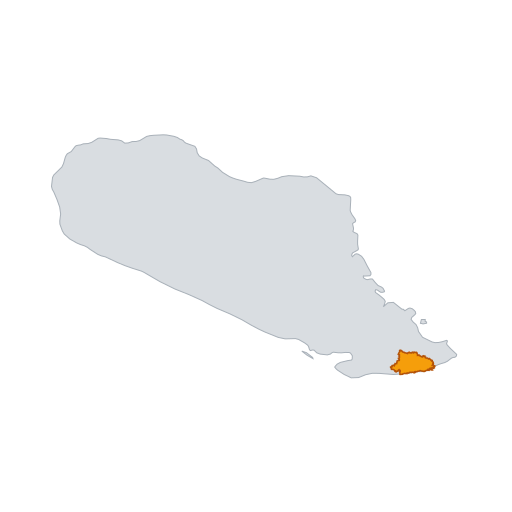 location of Vohemar, Sava, Madagascar, rotated 98°
{"feature_id": "10022922B16213196407560", "entity_name": "Vohemar", "entity_type": "district", "adm_level": 2, "iso_a3": "MDG", "parent_name": "Madagascar", "parent_adm1": "Sava", "projection": "mercator", "projection_center": [49.724, -13.453], "detail": "fine", "context": "in_parent", "style": "filled", "palette": "amber", "viewbox_px": 512, "rotation_deg": 98, "n_neighbors": 0, "source": "geoboundaries", "source_scale": "gbopen_adm2", "svg_char_len": 8104}
<svg xmlns="http://www.w3.org/2000/svg" viewBox="0 0 512 512"><g transform="rotate(98 256 256)"><path d="M335.3,54.3L336.7,57.5L338.3,60.6L343.2,67.9L345.4,70.8L347.2,73.8L348.0,79.9L351.2,89.3L354.2,103.4L355.1,118.0L356.0,124.6L358.3,130.9L362.1,137.5L363.4,144.8L361.0,152.3L357.7,159.3L356.8,160.7L355.2,162.5L354.5,162.4L351.8,160.6L349.6,157.6L346.8,150.5L345.8,147.0L344.7,146.4L341.4,146.7L339.0,148.9L338.6,150.3L339.1,154.3L340.0,157.9L340.4,161.5L340.5,166.1L341.4,167.5L342.7,168.6L344.0,171.6L344.2,178.8L343.4,182.4L341.1,185.5L341.3,187.2L342.1,189.0L341.3,190.0L338.2,191.4L337.0,192.6L335.3,195.7L332.7,202.2L332.3,205.5L334.0,215.6L333.5,222.7L330.1,236.4L328.1,242.9L325.3,250.7L321.1,261.0L316.9,273.9L313.3,287.3L310.6,295.3L307.6,303.2L303.5,317.3L300.0,331.6L294.8,347.4L287.6,365.1L286.9,367.4L285.4,376.4L283.8,384.3L281.8,392.1L277.8,405.1L277.4,409.1L276.4,412.9L272.6,421.1L270.9,424.1L269.8,427.3L269.1,431.4L268.0,435.4L265.1,442.7L260.9,449.0L258.0,451.3L251.8,454.6L248.6,455.2L241.6,455.3L234.9,457.2L227.8,460.9L221.0,465.0L218.4,467.0L215.5,468.2L206.5,468.4L203.9,467.5L194.9,460.6L191.4,459.5L184.8,458.6L182.8,458.0L181.0,457.1L178.3,453.5L173.0,450.5L171.8,449.5L171.0,447.4L170.4,445.2L169.0,442.7L168.0,437.9L166.3,434.5L161.4,428.7L160.9,426.8L160.5,420.5L160.7,416.3L160.2,408.6L160.7,405.0L162.5,401.7L161.8,398.2L159.9,394.5L159.3,390.7L157.9,387.2L152.8,380.9L151.6,377.8L150.8,374.6L148.9,364.7L148.6,361.3L148.9,354.0L149.6,350.3L150.9,347.6L151.2,345.7L152.0,344.0L153.2,342.7L154.0,341.1L155.9,331.8L158.3,329.8L161.9,328.6L164.8,326.2L166.4,322.9L168.1,316.2L172.6,309.5L174.2,306.0L177.8,300.8L181.1,293.3L182.0,289.9L182.7,286.3L183.6,278.5L184.2,274.6L184.0,270.7L182.2,266.8L177.8,259.6L177.7,258.2L178.0,252.9L177.6,249.1L176.0,245.2L173.9,241.6L171.9,234.9L170.9,223.8L171.1,219.8L170.5,216.2L169.0,212.8L170.1,206.9L183.2,185.5L183.7,183.0L183.1,176.5L183.4,172.7L183.9,171.3L184.9,170.4L187.1,170.0L197.7,169.1L199.1,168.5L201.7,166.7L205.4,163.2L207.1,162.2L208.5,162.6L209.4,164.0L210.6,164.9L214.9,163.3L216.5,163.2L218.2,163.5L219.0,162.0L219.5,160.1L220.1,158.7L221.2,158.0L226.8,157.5L230.3,157.0L234.8,155.6L235.8,155.9L239.5,160.8L240.6,161.2L242.0,161.4L243.3,160.5L240.3,158.0L239.8,156.5L240.0,154.9L241.6,151.4L244.3,148.7L250.2,144.6L256.4,139.9L258.2,139.6L259.7,140.4L260.8,145.9L260.7,146.8L261.7,146.9L262.8,146.3L263.8,144.0L263.9,142.2L263.1,140.4L262.7,138.9L262.6,137.5L265.7,134.2L268.2,131.1L269.3,127.4L270.3,125.7L272.9,123.8L273.7,124.1L274.3,125.6L274.6,127.3L274.0,128.9L273.0,130.6L272.6,132.7L274.1,133.2L275.5,132.6L277.5,128.7L279.8,125.0L281.1,123.1L282.9,121.7L285.7,122.0L288.5,122.8L284.0,118.9L282.8,113.5L288.3,104.2L288.3,102.3L289.1,101.7L289.5,101.0L286.7,97.8L286.1,96.3L286.5,93.9L287.8,91.8L289.0,90.4L290.8,89.8L292.1,90.6L295.1,93.2L297.2,93.6L299.6,91.1L301.6,88.0L304.6,85.9L308.1,84.6L313.3,79.8L316.6,69.7L316.9,66.7L316.2,63.1L315.0,59.7L313.0,55.5L313.5,54.6L316.3,55.1L317.3,54.5L320.4,50.8L325.5,43.6L327.1,43.6L328.6,44.9L329.1,46.9L330.1,48.4L333.6,51.8L335.3,54.3ZM299.8,82.7L299.8,83.8L295.9,83.4L295.3,79.6L297.2,79.4L297.6,77.9L298.8,77.7L300.0,81.1L299.8,82.7ZM347.1,191.7L343.8,197.4L344.7,192.6L348.6,185.8L349.7,185.3L347.1,191.7Z" fill="#d9dde1" stroke="#a8b0b8" stroke-width="1"/><path d="M333.5,71.4L333.3,71.8L333.2,72.2L333.3,72.4L333.4,73.0L333.3,73.3L333.3,73.7L333.1,74.2L332.5,74.1L332.5,74.3L332.2,74.6L332.1,75.0L331.9,75.1L331.6,75.0L331.6,75.3L331.8,75.6L331.6,75.6L331.6,75.8L331.5,76.1L331.8,76.2L331.8,76.4L331.9,76.5L331.8,76.8L332.2,76.9L332.5,77.1L332.6,77.4L332.6,77.6L332.8,77.6L332.7,77.8L332.7,78.2L332.6,78.5L332.4,78.6L332.4,78.9L332.3,79.3L332.0,79.7L332.0,79.9L331.8,79.9L331.7,80.3L331.4,80.5L331.4,80.8L331.8,81.1L331.8,81.5L331.9,81.9L331.7,82.0L331.8,82.2L331.7,82.2L331.2,82.1L330.4,82.9L329.9,82.9L329.8,83.0L329.8,83.3L329.7,83.5L329.3,83.7L329.1,83.6L329.0,83.9L329.3,84.7L329.4,84.9L329.3,85.1L329.4,85.3L329.5,85.6L329.4,85.7L329.4,85.9L329.2,86.1L329.4,86.2L329.5,86.4L329.6,86.5L329.6,87.0L330.0,87.0L329.9,87.2L329.8,87.4L329.8,87.8L329.6,88.0L330.1,88.3L330.2,88.5L330.3,88.8L330.3,89.0L330.5,89.0L330.4,89.9L330.5,90.0L330.5,90.3L330.2,90.4L330.0,90.5L329.9,90.8L330.1,91.2L330.3,91.2L330.6,92.0L330.8,92.2L331.3,92.2L331.4,92.4L331.5,92.4L331.4,93.1L331.2,93.4L331.3,93.7L331.2,93.9L331.2,94.2L331.1,94.5L331.2,95.0L331.1,95.4L330.9,95.5L331.0,95.7L330.7,96.2L330.8,96.4L330.8,96.9L330.6,97.4L330.2,97.6L330.2,98.0L329.9,98.0L329.7,98.6L329.4,98.9L329.5,99.1L329.5,99.3L329.2,99.6L329.2,100.2L329.3,100.4L329.6,100.6L329.8,100.7L330.0,100.7L330.4,100.4L330.8,100.2L331.0,100.0L331.1,99.9L331.0,100.2L331.3,100.6L331.6,100.9L332.2,101.0L333.5,101.5L333.8,100.7L333.8,100.2L334.0,100.1L334.3,100.2L334.7,100.2L335.2,100.6L335.4,100.3L335.5,100.1L335.7,99.9L336.2,99.9L336.7,99.8L337.0,99.9L337.1,100.1L337.1,100.3L337.4,100.7L337.7,100.4L337.9,100.5L338.0,100.4L338.1,100.0L338.3,99.9L338.4,99.7L338.8,99.6L339.0,99.5L339.5,99.6L339.7,100.2L339.6,100.5L340.0,101.1L340.3,101.5L340.5,101.8L341.0,101.6L341.6,101.5L341.9,101.8L342.1,101.9L342.3,101.8L342.6,101.9L342.8,101.7L343.0,101.7L343.0,101.8L343.1,102.2L343.2,102.5L343.2,102.8L343.4,103.0L343.3,103.3L343.5,103.3L343.9,103.5L344.1,103.7L344.4,103.5L344.5,103.6L344.8,103.7L345.1,103.6L345.5,103.8L345.4,103.9L345.4,104.0L345.1,104.5L345.4,104.8L345.2,104.7L345.2,104.8L345.4,105.2L345.4,105.7L345.6,105.8L345.6,106.0L345.9,106.1L346.2,105.8L346.3,105.8L346.7,105.8L346.7,106.1L346.8,106.1L346.8,106.5L347.1,106.7L347.1,106.9L347.2,107.0L347.2,107.3L347.4,107.3L347.6,107.2L347.9,106.8L348.3,106.4L348.6,106.4L348.8,106.2L349.0,106.3L349.4,106.1L349.4,105.9L349.4,105.6L349.2,105.4L349.2,105.2L349.3,105.0L349.3,103.9L349.7,103.3L349.7,103.2L350.4,102.7L350.2,102.6L350.2,102.0L350.4,101.8L350.8,101.9L351.3,101.4L351.3,101.1L351.0,101.1L350.7,100.9L350.5,100.4L350.5,99.9L349.6,99.4L349.1,98.9L348.6,98.5L348.8,98.3L349.0,98.4L350.0,98.9L349.8,98.0L349.5,97.4L349.9,97.4L349.9,97.2L350.4,97.1L350.8,97.2L351.0,97.5L351.6,97.5L352.0,97.2L352.6,97.0L353.2,97.0L353.2,96.7L353.1,96.0L353.0,95.7L352.8,94.6L352.4,94.5L352.3,94.1L352.1,93.5L351.9,93.3L351.7,92.9L351.6,92.7L351.5,92.2L351.6,91.2L351.5,90.8L351.4,90.7L351.4,90.4L351.2,90.5L351.1,90.4L350.8,90.2L350.7,89.5L350.7,88.6L350.4,88.3L350.2,87.9L349.9,87.8L349.7,87.4L349.7,86.8L349.6,86.6L349.7,85.9L349.6,85.5L349.4,85.4L349.3,84.7L349.3,84.4L349.7,83.4L349.7,83.0L349.5,82.5L349.3,82.3L349.2,82.4L349.0,82.6L348.8,82.8L348.6,82.9L348.4,82.6L348.2,81.8L348.2,81.5L348.2,81.4L348.2,81.2L348.3,80.9L348.3,80.6L347.8,79.9L347.5,79.7L347.5,79.4L347.4,79.0L347.3,78.5L347.0,78.1L347.0,77.9L346.7,77.8L346.6,77.5L346.6,77.3L346.9,75.8L346.9,75.7L346.8,75.4L347.0,74.3L347.0,74.1L346.8,73.9L346.7,73.6L346.9,73.0L346.7,72.7L346.4,72.6L346.2,72.4L346.2,72.2L345.7,71.7L345.6,71.3L345.6,71.2L345.5,70.9L345.5,70.6L345.3,70.4L345.2,70.3L345.2,70.0L345.2,69.8L345.0,70.0L344.8,70.4L344.6,70.3L344.3,70.1L344.3,69.7L344.1,69.3L344.4,69.0L344.6,69.0L344.8,68.8L344.8,68.5L344.7,68.5L344.3,68.1L343.9,68.3L343.8,68.5L343.6,68.5L343.5,68.4L343.1,68.3L343.1,68.1L343.0,67.9L342.8,67.6L342.5,67.0L342.6,66.7L342.4,66.4L342.7,65.9L342.4,65.6L341.8,65.3L341.9,65.2L341.6,64.9L341.6,64.5L341.4,64.7L341.2,64.7L341.1,64.8L340.7,64.6L340.9,64.2L340.7,63.8L340.5,63.6L340.2,63.7L340.2,63.8L340.0,63.7L339.8,64.4L339.6,64.7L339.8,64.8L339.8,65.1L339.5,65.4L339.2,65.4L339.4,65.6L339.3,65.8L339.4,66.0L339.2,65.9L339.0,65.7L338.9,65.7L338.5,65.8L338.6,66.0L338.4,66.0L338.4,65.9L338.2,66.0L337.8,65.9L337.8,65.6L337.6,65.4L337.2,65.7L336.9,65.6L336.3,65.9L336.2,66.4L335.8,66.7L335.7,67.1L335.0,66.9L334.9,66.9L334.7,67.5L334.7,68.0L334.9,68.2L334.8,68.4L334.4,68.6L333.9,69.3L333.7,69.5L333.4,70.1L334.0,70.5L333.9,71.0L333.5,71.4ZM344.2,66.3L344.5,65.9L344.3,65.4L344.2,65.5L344.1,66.1L344.2,66.3ZM342.6,64.7L342.5,64.4L342.2,64.2L342.2,64.3L342.2,64.5L342.1,64.8L342.3,64.8L342.5,64.7L342.5,64.8L342.6,64.7ZM344.2,67.3L344.3,67.3L344.3,67.1L344.3,66.8L344.1,66.7L344.1,67.1L344.2,67.3Z" fill="#f59e0b" stroke="#b45309" stroke-width="1.5"/></g></svg>